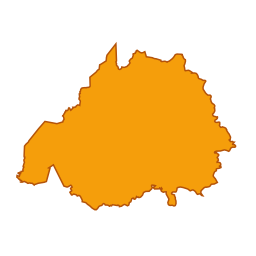 Santiago Jocotepec, Oaxaca, Mexico, rotated 93°
{"feature_id": "50627088B21737017229754", "entity_name": "Santiago Jocotepec", "entity_type": "district", "adm_level": 2, "iso_a3": "MEX", "parent_name": "Mexico", "parent_adm1": "Oaxaca", "projection": "albers", "projection_center": [-95.984, 17.649], "detail": "fine", "context": "isolated", "style": "filled", "palette": "amber", "viewbox_px": 256, "rotation_deg": 93, "n_neighbors": 0, "source": "geoboundaries", "source_scale": "gbopen_adm2", "svg_char_len": 5763}
<svg xmlns="http://www.w3.org/2000/svg" viewBox="0 0 256 256"><g transform="rotate(93 128 128)"><path d="M50.9,115.2L52.0,117.1L52.3,118.6L51.9,119.8L49.9,123.0L50.7,123.9L51.3,123.7L51.7,124.0L52.0,124.6L52.9,124.6L53.6,126.1L53.6,126.6L53.8,126.8L55.4,126.6L58.0,127.4L59.1,129.0L60.9,130.2L61.4,130.2L62.5,129.5L63.3,129.5L63.8,130.0L64.9,130.6L65.5,131.4L66.5,132.1L67.5,134.3L67.7,135.2L67.4,137.4L68.5,137.5L69.0,137.8L70.0,139.2L69.9,139.6L69.6,140.5L69.2,140.8L68.3,140.9L67.0,141.5L66.5,142.3L65.6,142.9L64.3,142.8L63.9,143.1L62.5,143.5L61.7,143.0L44.6,144.5L56.4,152.8L58.7,153.2L62.1,153.3L65.6,158.2L66.4,159.6L70.8,159.9L71.7,161.2L72.4,161.8L73.8,162.7L79.3,168.7L88.0,168.0L88.8,168.3L89.6,169.8L89.6,171.1L90.1,172.0L89.9,172.8L90.4,175.9L90.9,176.3L90.9,176.6L91.9,177.2L94.0,177.5L94.5,178.0L95.9,177.5L96.6,178.5L97.3,178.2L98.7,178.2L99.1,177.9L99.9,178.0L100.2,178.3L100.6,178.4L101.1,178.2L101.6,178.5L103.3,177.1L103.8,177.0L107.9,177.4L107.7,177.7L107.6,179.5L108.8,180.9L109.5,181.2L109.9,181.7L110.0,182.8L110.2,183.1L110.2,184.0L110.7,183.7L110.9,184.2L112.0,184.9L113.3,186.1L112.6,186.7L111.4,187.2L110.9,188.0L111.4,188.4L112.8,188.7L113.5,189.2L113.8,189.6L113.6,190.7L113.7,191.0L115.0,191.1L115.4,191.9L116.1,191.9L117.4,192.7L118.4,193.0L119.1,193.8L119.4,193.9L119.7,193.3L120.7,192.8L122.7,192.3L123.9,193.1L125.3,193.4L127.4,199.2L125.8,211.3L133.3,217.2L146.0,226.3L147.3,226.8L149.6,229.1L151.5,230.4L160.9,230.3L162.3,230.2L162.4,229.6L163.5,229.5L165.1,230.2L166.3,230.2L167.5,229.6L171.8,230.7L172.2,230.1L172.4,230.0L172.6,230.3L175.3,230.8L176.4,230.6L177.0,231.9L177.0,232.5L178.9,232.9L178.3,233.5L179.0,233.6L179.1,233.9L178.4,234.3L178.5,235.2L178.8,235.4L179.6,234.2L180.7,233.7L182.0,234.0L181.2,236.3L182.9,236.4L183.7,235.3L184.9,234.1L185.0,233.3L186.3,232.9L186.0,231.8L186.7,231.1L187.6,231.9L187.6,230.8L186.8,228.8L187.5,226.9L188.5,225.1L188.0,223.2L188.3,222.1L188.2,220.7L189.9,218.7L189.2,218.2L189.1,217.6L187.9,214.8L186.6,208.9L185.7,206.7L172.3,203.8L172.0,205.1L168.7,200.6L189.4,188.9L190.1,186.0L190.0,185.1L188.1,182.1L189.1,181.1L190.0,180.7L191.2,182.2L191.7,182.1L193.2,181.0L193.8,181.0L194.7,182.4L195.5,182.6L196.1,182.0L197.6,181.1L197.9,180.5L196.8,178.8L197.4,176.2L198.1,175.3L198.5,175.2L198.5,174.7L197.9,173.7L198.1,172.7L199.3,171.7L201.9,170.2L202.5,169.9L204.0,169.9L204.7,166.3L206.6,164.1L206.8,163.4L207.4,162.8L207.9,161.9L209.8,159.7L211.3,157.0L211.1,156.3L211.4,155.7L210.3,154.4L208.0,153.0L207.4,152.3L206.7,150.3L206.1,149.6L205.3,149.2L204.8,148.5L204.8,148.0L205.3,147.2L206.1,146.7L206.1,144.1L206.7,142.9L207.1,142.4L207.0,142.1L206.2,141.5L206.6,140.3L205.4,139.6L206.0,134.6L205.5,134.1L205.9,132.9L207.0,132.5L206.4,130.4L204.8,128.3L204.5,127.2L205.7,124.5L205.0,123.3L203.5,122.9L202.4,122.8L201.5,121.3L198.4,120.5L197.7,119.2L197.8,118.7L198.4,118.6L198.8,118.0L198.6,117.2L198.2,116.8L197.8,116.8L197.1,116.1L196.0,115.9L196.3,115.4L196.6,115.1L196.4,114.2L196.8,114.0L196.9,113.4L196.6,112.3L196.1,111.5L194.3,110.0L191.6,109.1L190.4,107.0L190.1,103.6L187.4,101.1L186.1,100.7L184.6,101.5L183.7,101.0L183.9,98.8L184.2,97.6L185.4,98.6L185.6,99.3L186.4,99.4L187.5,98.3L187.1,93.3L186.2,93.2L186.3,92.8L187.4,92.2L186.6,91.2L186.4,91.2L186.7,90.9L187.2,90.9L188.6,91.7L189.0,91.6L189.6,90.9L190.3,89.4L189.8,87.9L189.8,86.5L191.9,86.4L196.7,83.5L197.8,83.6L200.3,84.3L201.9,83.9L202.6,83.4L203.0,82.4L203.1,81.9L202.8,79.7L203.4,78.2L203.3,77.4L202.9,76.7L201.0,76.1L198.3,76.3L196.6,77.0L195.0,77.1L193.5,77.9L192.4,78.1L191.7,80.7L190.9,81.1L190.3,80.8L189.5,79.8L189.4,77.0L189.1,76.6L187.3,76.0L185.6,75.9L184.9,75.3L184.3,73.3L184.2,72.3L184.6,69.6L185.8,65.1L187.5,62.6L186.5,60.4L186.5,59.6L187.3,58.2L188.2,57.2L189.9,56.0L190.6,55.2L190.6,54.7L190.2,54.1L190.0,52.8L190.4,52.1L191.5,51.0L191.7,49.8L189.3,51.7L188.5,51.9L186.8,51.7L183.7,48.9L183.0,47.6L183.0,46.4L182.4,44.1L181.9,43.2L179.8,41.8L179.4,38.9L177.7,35.9L174.3,38.0L171.9,40.2L171.1,40.4L169.8,40.2L167.8,39.5L167.0,39.0L166.0,37.5L165.3,37.7L164.5,37.7L164.0,37.1L163.4,34.8L162.7,33.2L162.2,33.0L161.8,33.2L161.6,34.5L161.3,34.7L160.2,33.4L158.8,33.6L157.8,34.4L157.4,36.3L157.6,37.2L157.0,37.2L155.4,36.0L153.6,36.6L153.2,37.3L152.9,37.4L152.3,37.2L150.6,36.0L149.9,36.0L149.4,36.5L149.1,37.4L148.1,38.2L148.5,39.8L148.0,40.3L147.2,40.0L146.5,38.5L146.1,34.5L144.8,30.6L145.2,28.4L146.0,26.2L145.3,25.4L142.7,24.3L141.7,22.8L141.6,20.3L141.1,19.7L140.6,19.6L140.3,19.6L139.1,20.7L139.0,22.6L138.7,22.7L138.0,22.3L136.6,21.2L136.6,22.4L136.0,22.8L136.2,25.0L135.6,25.3L135.0,26.2L134.5,26.3L134.4,26.0L134.9,25.8L134.4,25.4L131.8,25.1L128.6,26.8L127.8,27.6L125.2,29.4L124.6,29.3L124.0,29.9L123.3,30.1L122.6,31.3L121.9,33.9L122.3,34.4L122.5,35.5L121.4,36.4L120.4,36.9L119.6,36.5L117.6,36.7L117.3,37.5L117.7,39.2L117.8,40.1L117.7,40.7L117.1,41.6L116.6,41.8L115.6,41.5L114.6,40.0L113.6,39.3L112.7,39.2L112.7,39.5L112.3,39.5L112.5,40.1L112.2,40.6L111.7,43.1L111.1,43.8L110.6,44.1L109.7,44.2L108.4,43.1L106.4,42.2L104.0,42.5L103.4,43.0L102.6,42.6L101.2,42.5L100.1,43.3L98.8,45.4L97.0,46.5L95.6,46.8L94.7,47.3L92.7,46.6L91.9,46.7L91.5,46.9L90.9,47.7L91.0,49.9L90.4,50.8L89.1,52.3L85.3,55.0L83.4,55.2L82.4,55.0L79.9,54.3L77.2,52.8L76.7,53.0L76.5,53.4L76.4,54.9L76.6,55.5L75.6,57.2L75.0,59.6L74.1,60.5L73.0,60.6L71.7,61.2L70.7,61.9L69.9,62.8L69.6,64.4L69.8,67.3L69.1,66.9L67.5,69.6L67.2,70.7L67.8,73.8L67.3,74.2L64.8,74.7L62.9,75.3L60.8,74.6L58.2,74.1L56.8,74.3L56.3,75.3L55.6,75.9L54.6,76.6L54.0,76.7L52.8,77.4L52.0,77.6L52.2,78.0L51.6,78.3L51.6,82.5L51.7,83.3L52.3,84.6L54.6,85.9L56.3,87.2L59.0,90.2L59.7,91.9L60.2,92.4L59.6,93.6L59.4,94.8L59.9,97.8L59.7,98.5L58.6,98.7L57.4,103.6L57.3,105.3L56.5,107.5L55.9,113.4L50.9,115.2Z" fill="#f59e0b" stroke="#b45309" stroke-width="1.5"/></g></svg>